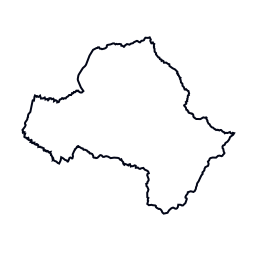 outline of Baraya, Huila, Colombia, rotated 355°
{"feature_id": "7082276B91973001860083", "entity_name": "Baraya", "entity_type": "district", "adm_level": 2, "iso_a3": "COL", "parent_name": "Colombia", "parent_adm1": "Huila", "projection": "mercator", "projection_center": [-75.008, 3.124], "detail": "fine", "context": "isolated", "style": "outline", "palette": "ink", "viewbox_px": 256, "rotation_deg": 355, "n_neighbors": 0, "source": "geoboundaries", "source_scale": "gbopen_adm2", "svg_char_len": 5792}
<svg xmlns="http://www.w3.org/2000/svg" viewBox="0 0 256 256"><g transform="rotate(355 128 128)"><path d="M157.5,39.6L156.0,40.0L153.2,39.6L152.2,40.7L151.5,41.9L150.3,42.3L149.0,42.3L147.5,43.7L146.8,43.6L144.9,42.1L144.3,42.0L141.3,43.1L140.4,43.9L138.0,44.3L136.8,45.1L134.3,44.3L132.2,45.5L131.3,46.7L131.0,46.8L130.1,45.9L128.5,45.4L128.6,44.4L128.3,43.9L126.7,43.5L124.9,43.6L123.8,43.2L122.8,43.6L121.7,42.6L120.5,42.4L117.9,43.2L114.6,43.5L114.0,44.4L114.0,45.3L113.2,46.1L111.7,46.8L108.9,47.2L108.2,46.7L107.1,46.6L106.6,46.2L106.3,45.2L105.1,45.0L104.5,45.6L103.6,45.6L100.0,47.1L96.0,52.5L91.7,61.3L90.6,62.6L88.2,64.4L83.6,70.5L83.1,71.5L82.2,74.9L82.3,76.3L84.6,83.5L86.8,87.3L85.1,88.6L84.1,88.6L82.8,88.0L81.5,86.4L80.7,86.7L80.6,86.4L79.8,86.3L78.4,87.7L77.2,87.4L76.6,88.5L75.4,88.4L75.4,89.0L74.8,89.3L74.2,90.2L72.3,90.0L70.8,91.4L69.5,91.9L68.5,93.1L67.2,92.8L66.2,93.3L65.8,92.7L65.0,92.5L64.7,93.1L62.5,93.8L61.3,96.1L60.1,96.3L59.8,96.3L60.0,95.8L59.7,95.0L58.4,94.0L56.7,94.8L56.9,93.8L56.2,92.3L54.7,92.7L54.2,91.9L53.0,92.0L52.9,91.5L52.1,91.5L51.4,92.9L50.8,93.4L50.1,92.1L48.2,92.4L48.2,91.4L47.7,91.0L47.6,90.4L45.8,91.2L45.4,91.0L43.9,91.1L43.2,88.1L42.6,88.5L42.5,88.9L41.5,89.2L40.4,88.8L40.1,88.2L39.5,88.2L39.3,88.6L38.2,87.5L37.6,88.6L36.7,92.5L35.5,92.2L35.4,92.4L32.1,103.5L29.9,105.7L29.3,107.7L29.4,108.4L28.7,109.3L28.4,110.7L26.0,113.6L25.7,114.9L26.3,116.0L26.2,116.4L25.4,117.8L22.7,120.8L23.3,122.3L22.8,122.9L22.9,123.4L23.6,123.0L23.8,123.3L24.5,123.2L24.3,124.8L25.0,124.8L24.0,127.2L24.1,128.1L26.3,129.1L26.2,129.6L26.5,129.8L27.8,129.1L28.0,129.6L27.6,130.8L28.3,131.4L29.7,131.8L30.6,131.4L30.9,131.7L30.8,132.4L29.8,133.5L31.5,134.1L31.4,134.7L32.4,134.8L32.5,134.4L33.5,134.4L33.3,135.5L34.3,136.4L34.9,136.6L35.4,136.0L36.0,136.2L36.0,136.6L35.7,136.4L35.5,136.8L36.2,137.1L36.7,136.8L37.1,137.2L37.0,138.9L37.5,138.7L37.9,139.2L39.3,139.1L39.9,139.9L40.8,140.0L42.3,140.9L42.0,141.9L42.3,142.2L42.0,142.6L42.2,143.0L42.7,142.7L43.7,142.9L44.1,143.3L43.9,143.8L44.5,144.1L44.7,143.6L45.7,143.8L45.6,144.2L46.5,144.5L46.6,145.0L47.0,145.3L48.7,145.1L48.2,146.0L48.6,146.1L48.8,147.2L49.1,147.4L48.9,148.4L49.5,148.8L50.1,150.8L50.4,150.7L50.8,151.4L50.5,151.7L50.7,152.1L50.2,152.4L50.7,153.3L50.5,153.6L51.2,153.5L51.9,154.3L53.7,155.2L55.0,156.7L56.3,157.4L58.1,154.3L58.9,151.3L60.7,152.5L62.5,154.3L64.8,155.3L64.7,156.0L65.0,156.2L65.4,156.1L67.2,152.6L68.2,152.4L69.6,153.5L70.0,153.4L70.7,151.4L70.6,149.4L72.4,146.1L73.2,145.2L73.2,144.6L74.6,143.7L75.5,142.3L76.5,141.7L76.8,141.7L76.8,142.6L78.0,142.6L80.0,144.2L81.1,144.4L81.8,145.8L83.1,145.8L85.2,146.9L85.7,148.0L86.2,148.0L87.2,148.7L87.3,149.5L87.9,150.1L88.4,149.9L90.1,150.8L90.9,152.7L90.9,154.1L91.5,154.6L93.0,154.8L93.5,155.2L95.0,155.0L97.8,152.7L98.2,152.6L99.3,153.0L100.6,154.6L101.7,154.7L102.8,154.3L104.0,154.2L105.7,154.8L108.1,156.5L111.5,156.3L115.3,156.9L116.4,157.4L117.6,159.1L118.6,158.6L119.2,160.3L120.2,161.5L120.1,162.7L120.6,164.0L121.1,164.3L121.4,163.3L123.8,164.4L125.0,165.3L126.0,164.3L126.8,164.2L127.4,166.6L128.5,166.3L129.4,166.5L131.4,165.8L132.4,166.3L132.3,168.3L134.3,168.2L135.0,169.1L136.4,169.8L137.6,169.3L139.8,169.1L141.0,170.9L143.2,172.1L144.3,173.1L144.8,174.9L143.4,175.5L143.0,176.7L144.1,180.7L143.9,182.1L142.7,183.4L142.6,184.5L141.2,185.3L141.5,186.1L141.3,187.3L142.1,188.3L143.0,191.0L142.4,192.7L141.5,194.1L141.2,198.7L142.2,199.5L141.6,200.4L141.4,202.1L141.7,202.4L140.6,205.3L142.1,206.7L144.8,206.6L145.7,207.0L148.3,207.5L149.0,208.1L148.9,209.1L149.5,209.9L151.5,211.3L152.4,211.3L153.3,211.9L154.2,213.1L154.9,215.1L156.1,216.4L160.0,215.9L161.8,213.5L164.1,211.8L165.4,211.3L166.2,211.3L168.1,212.5L169.1,212.6L169.9,212.2L170.7,211.2L171.4,208.8L173.8,209.1L175.0,209.9L176.0,209.9L178.7,207.7L180.4,203.8L180.2,203.2L179.2,202.4L179.2,201.7L180.0,200.3L181.7,198.5L182.0,197.2L185.0,196.5L187.6,197.4L189.0,196.6L190.3,194.5L190.6,193.0L191.6,191.2L191.8,189.9L192.5,188.6L193.6,187.4L196.9,181.7L198.4,180.2L198.2,179.3L198.5,178.5L199.3,178.0L200.5,176.5L200.6,175.5L201.6,173.8L204.5,172.6L205.2,170.7L204.7,168.4L205.9,167.4L206.8,165.6L207.8,165.1L209.8,164.8L213.1,165.2L215.3,163.6L216.8,163.5L218.7,164.2L219.6,163.9L220.3,163.0L221.8,161.7L221.9,161.2L221.3,159.9L221.1,157.2L220.5,156.4L220.5,154.7L221.1,153.8L222.8,153.2L223.8,151.4L225.9,150.3L227.8,148.2L228.9,145.9L232.2,143.9L233.3,142.4L231.9,141.9L231.2,142.4L230.5,142.5L229.6,141.9L229.2,140.9L226.6,141.7L225.1,141.3L223.9,141.7L223.2,140.4L222.0,139.9L220.7,138.2L219.9,138.0L218.7,138.4L217.9,137.8L217.3,137.9L216.7,137.5L215.6,137.7L214.6,136.7L214.2,136.7L212.8,135.1L211.4,134.5L210.1,132.8L209.6,131.4L208.6,130.7L207.6,128.1L207.8,127.5L206.8,125.5L207.2,124.7L206.9,124.3L205.0,124.4L203.9,124.0L201.0,125.4L196.8,125.0L195.5,124.0L195.2,123.4L194.6,123.2L194.1,122.3L194.2,120.8L193.6,119.6L192.8,119.1L192.4,119.3L191.8,118.8L190.4,118.4L189.7,117.9L189.5,117.4L189.6,116.7L188.9,116.1L188.9,115.7L188.6,115.2L187.7,114.9L187.4,112.6L186.2,111.2L185.9,110.3L188.1,108.9L188.3,108.2L187.9,107.2L189.3,106.4L189.1,105.7L189.7,104.8L189.5,104.2L190.2,103.0L190.3,101.5L190.5,101.0L191.5,100.5L191.3,99.8L191.9,98.9L191.4,96.4L190.9,96.3L189.2,94.4L188.7,94.8L187.8,94.6L187.1,92.0L186.0,90.7L186.0,88.5L184.8,87.3L184.6,84.6L184.0,83.5L184.7,82.6L183.4,81.3L183.2,80.1L182.5,79.6L182.6,78.7L182.1,78.6L181.6,77.5L182.2,76.7L182.1,76.3L179.9,73.7L177.7,72.4L174.7,69.8L174.7,68.1L173.2,67.5L171.8,66.2L169.5,66.1L169.1,64.4L168.2,63.8L167.3,64.1L167.1,62.7L165.8,62.2L165.4,60.6L164.4,60.3L162.3,57.1L162.5,55.9L161.2,54.3L161.3,51.2L160.8,50.3L161.1,49.4L160.9,49.1L161.1,47.6L161.5,46.6L160.7,46.1L160.2,45.0L159.2,45.8L158.6,45.6L157.8,43.1L158.4,41.9L157.5,39.6Z" fill="none" stroke="#020617" stroke-width="2"/></g></svg>